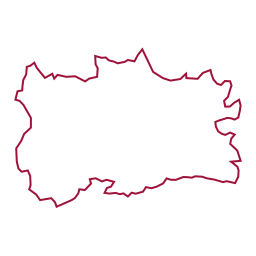 outline of Nova Alvorada, Rio Grande do Sul, Brazil
{"feature_id": "56859067B88553950142054", "entity_name": "Nova Alvorada", "entity_type": "district", "adm_level": 2, "iso_a3": "BRA", "parent_name": "Brazil", "parent_adm1": "Rio Grande do Sul", "projection": "albers", "projection_center": [-52.161, -28.706], "detail": "fine", "context": "isolated", "style": "outline", "palette": "rose", "viewbox_px": 256, "rotation_deg": 0, "n_neighbors": 0, "source": "geoboundaries", "source_scale": "gbopen_adm2", "svg_char_len": 1669}
<svg xmlns="http://www.w3.org/2000/svg" viewBox="0 0 256 256"><path d="M26.8,66.9L26.2,74.4L23.3,79.9L22.5,85.8L22.2,90.4L17.5,91.3L15.4,99.7L19.5,100.8L23.5,105.0L30.9,117.9L30.9,127.6L24.1,134.0L21.1,141.1L16.2,148.4L16.8,161.7L18.5,168.7L21.6,171.7L27.8,170.5L30.2,176.1L30.6,185.2L29.2,189.4L36.2,194.5L40.1,200.1L51.2,198.2L55.0,202.2L56.6,206.7L71.5,200.2L74.8,198.1L78.3,193.4L79.3,189.3L84.9,190.0L91.0,183.6L89.8,179.2L95.7,178.3L102.0,181.4L106.5,179.8L114.0,181.8L111.0,186.6L106.9,188.0L104.6,192.9L109.6,193.6L115.6,192.9L119.9,194.2L123.4,193.4L127.9,196.5L131.6,192.7L135.7,193.7L143.0,191.7L146.0,187.1L151.4,188.2L156.6,186.7L163.2,183.4L166.6,178.4L171.0,179.8L176.0,179.8L183.3,177.0L187.9,177.2L191.8,177.7L195.1,176.3L202.1,176.7L206.8,178.3L214.5,179.6L222.9,182.1L226.6,181.2L235.1,183.1L238.2,176.9L238.6,170.5L237.4,166.7L231.1,161.7L240.6,160.8L237.3,150.6L230.2,143.9L231.2,138.7L234.7,134.6L230.1,132.6L225.3,134.9L221.8,133.8L218.1,131.3L215.9,126.5L215.3,122.0L219.8,120.2L223.4,119.2L227.2,117.9L231.0,118.3L234.6,119.6L238.3,117.5L239.7,111.4L240.6,105.5L239.1,99.8L234.1,102.8L229.9,106.5L225.2,106.6L224.1,100.8L228.0,96.8L229.9,90.3L231.5,85.5L230.1,81.3L224.9,81.0L221.0,85.0L217.1,83.7L213.4,79.5L211.5,74.2L210.5,70.0L202.9,72.9L197.6,78.8L186.4,78.1L186.0,73.7L180.4,79.0L170.6,80.6L162.9,78.1L153.1,71.9L142.3,49.3L137.8,55.1L134.5,61.3L127.9,60.0L124.6,61.9L117.6,63.3L114.0,61.6L108.9,60.4L105.8,57.5L101.5,57.8L95.2,56.0L95.6,64.4L97.7,68.2L97.1,76.8L89.2,78.6L85.1,81.4L75.2,76.3L66.2,76.8L57.5,74.9L54.2,78.6L52.3,73.8L44.9,77.9L36.9,68.0L34.3,62.7L30.5,65.6L26.8,66.9Z" fill="none" stroke="#9f1239" stroke-width="2"/></svg>